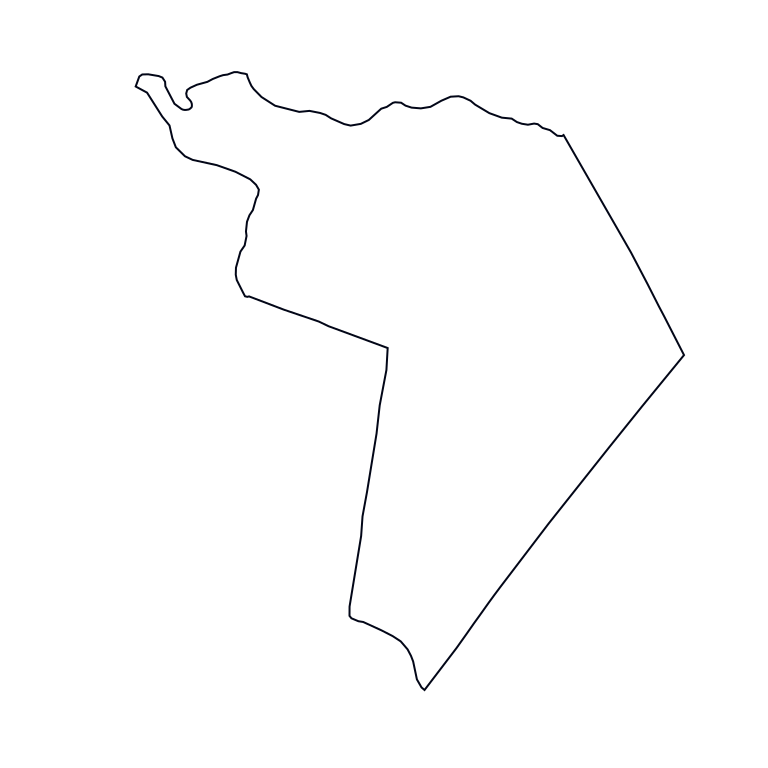 outline of Tacaná, San Marcos, Guatemala, rotated 189°
{"feature_id": "79465075B77121462598505", "entity_name": "Tacaná", "entity_type": "district", "adm_level": 2, "iso_a3": "GTM", "parent_name": "Guatemala", "parent_adm1": "San Marcos", "projection": "orthographic", "projection_center": [-92.043, 15.294], "detail": "fine", "context": "isolated", "style": "outline", "palette": "ink", "viewbox_px": 768, "rotation_deg": 189, "n_neighbors": 0, "source": "geoboundaries", "source_scale": "gbopen_adm2", "svg_char_len": 1926}
<svg xmlns="http://www.w3.org/2000/svg" viewBox="0 0 768 768"><g transform="rotate(189 384 384)"><path d="M675.8,639.0L663.6,634.7L644.9,613.5L636.3,605.8L631.4,593.5L626.6,585.2L616.2,577.8L608.0,575.4L583.4,574.0L564.0,570.4L548.1,565.2L541.5,560.7L538.0,556.4L538.0,550.9L539.3,547.1L540.7,535.3L543.3,529.6L544.7,522.8L544.2,513.1L542.9,508.7L543.3,499.0L546.5,492.3L548.4,475.7L547.5,468.7L545.7,463.7L537.6,452.4L535.0,448.9L532.6,448.7L531.0,449.4L494.3,441.7L458.2,435.5L447.8,432.4L386.0,420.1L383.8,398.2L384.9,362.2L383.6,333.8L383.9,274.3L384.5,249.9L382.8,230.3L383.2,158.8L381.8,149.6L379.5,147.5L372.2,145.7L367.3,145.7L348.0,140.3L336.1,136.4L327.2,132.4L319.2,125.6L314.8,119.7L311.8,114.5L305.3,97.4L299.5,90.2L296.1,88.1L271.1,134.5L263.4,150.0L257.8,161.5L253.4,170.2L246.3,184.5L242.1,192.7L237.3,201.8L199.4,272.2L151.6,356.9L125.6,402.3L92.2,459.5L117.9,494.7L124.8,503.9L139.3,523.9L160.6,552.5L245.6,658.0L247.0,656.7L251.7,656.3L259.8,660.7L267.4,661.7L272.8,664.7L276.5,664.7L282.4,662.6L288.5,662.6L293.7,663.5L299.4,666.1L309.3,665.5L322.3,668.0L337.7,674.2L342.8,677.3L350.5,679.5L355.3,679.9L363.1,678.2L371.6,672.8L381.5,665.0L390.7,662.0L400.0,661.3L406.3,662.3L411.1,664.5L417.1,664.0L419.2,663.1L424.6,658.1L429.8,655.5L440.3,642.4L447.6,637.3L457.4,634.0L464.0,634.5L477.8,638.1L483.7,640.7L489.5,641.7L500.3,642.1L510.3,639.5L535.1,641.8L549.9,648.3L558.8,654.9L561.6,657.7L563.7,660.8L566.6,665.5L567.9,668.4L569.8,668.7L573.7,668.7L577.5,669.1L580.8,668.6L583.6,667.1L586.9,665.2L591.2,663.9L594.4,662.3L600.8,658.5L605.7,654.8L615.6,650.3L621.5,646.4L624.4,643.6L624.8,640.0L623.6,636.7L619.8,633.7L618.5,632.3L617.6,630.5L617.2,628.4L617.4,627.1L618.8,625.4L619.8,624.6L622.2,623.8L623.6,623.5L625.4,623.5L627.0,623.9L634.8,628.0L646.5,643.8L647.5,648.3L650.8,652.0L654.7,652.9L665.4,653.0L671.2,651.9L673.8,649.4L675.8,639.0Z" fill="none" stroke="#020617" stroke-width="2"/></g></svg>